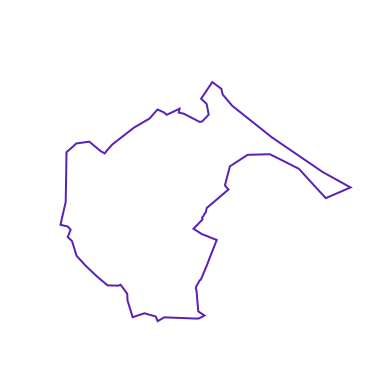 the district of Queens, New York, United States of America, rotated 234°
{"feature_id": "52423323B86897144494159", "entity_name": "Queens", "entity_type": "district", "adm_level": 2, "iso_a3": "USA", "parent_name": "United States of America", "parent_adm1": "New York", "projection": "robinson", "projection_center": [-73.836, 40.674], "detail": "fine", "context": "isolated", "style": "outline", "palette": "violet", "viewbox_px": 384, "rotation_deg": 234, "n_neighbors": 0, "source": "geoboundaries", "source_scale": "gbopen_adm2", "svg_char_len": 1089}
<svg xmlns="http://www.w3.org/2000/svg" viewBox="0 0 384 384"><g transform="rotate(234 192 192)"><path d="M125.6,70.4L121.8,82.3L118.6,84.7L112.7,89.5L107.7,88.3L106.9,95.9L86.5,121.8L85.6,123.5L84.7,129.5L91.7,126.9L109.8,137.8L111.9,138.5L113.0,139.8L116.0,146.3L115.9,147.7L116.9,149.2L117.2,149.8L124.3,161.5L128.6,168.0L138.6,183.8L152.4,175.1L161.4,171.6L163.6,184.3L165.4,185.1L165.7,186.8L167.1,189.5L167.4,191.1L170.4,194.5L172.6,223.0L178.0,222.5L190.5,237.8L189.4,258.8L176.8,277.2L148.0,292.1L108.4,296.6L107.9,299.0L102.5,322.9L131.5,309.4L189.4,288.7L238.1,275.2L252.9,274.1L258.2,276.4L269.0,273.0L262.1,254.2L254.6,255.6L244.8,251.0L243.1,241.7L244.2,239.4L260.1,231.4L264.0,228.0L266.7,230.9L269.3,217.0L273.0,216.0L279.0,212.6L276.4,200.8L278.2,182.9L277.3,155.5L275.5,147.1L274.5,144.1L279.1,142.0L293.1,138.5L299.3,126.9L298.8,123.2L298.0,113.9L258.2,84.0L242.8,66.3L237.1,71.2L232.8,71.6L228.6,65.0L222.8,66.1L208.3,61.1L195.0,62.6L179.4,65.5L166.1,68.8L159.5,77.4L159.0,79.7L147.8,79.8L142.2,76.1L125.6,70.4Z" fill="none" stroke="#5b21b6" stroke-width="2"/></g></svg>